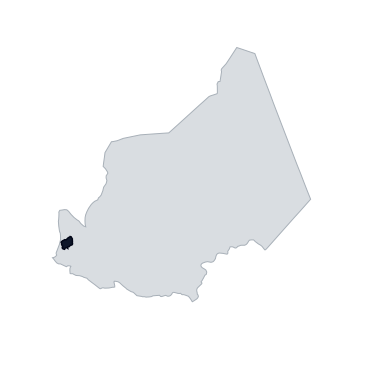 Dodjé, Logone Occidental, Chad (highlighted), rotated 43°
{"feature_id": "50815135B21432441174008", "entity_name": "Dodjé", "entity_type": "district", "adm_level": 2, "iso_a3": "TCD", "parent_name": "Chad", "parent_adm1": "Logone Occidental", "projection": "albers", "projection_center": [15.491, 8.666], "detail": "fine", "context": "in_parent", "style": "filled", "palette": "ink", "viewbox_px": 384, "rotation_deg": 43, "n_neighbors": 0, "source": "geoboundaries", "source_scale": "gbopen_adm2", "svg_char_len": 4463}
<svg xmlns="http://www.w3.org/2000/svg" viewBox="0 0 384 384"><g transform="rotate(43 192 192)"><path d="M283.7,116.4L283.9,124.4L284.1,132.4L284.2,140.4L284.4,148.4L284.6,156.5L284.8,164.5L285.0,172.6L285.2,180.6L285.2,183.3L285.0,184.4L284.9,184.5L284.6,184.7L280.4,184.0L278.5,184.1L276.0,184.7L272.2,185.1L269.7,185.0L268.1,186.5L266.8,188.2L267.5,192.2L267.4,193.5L266.9,194.9L265.7,196.1L264.6,197.1L263.9,197.9L263.1,199.7L262.5,200.6L262.6,201.7L262.4,202.9L261.7,203.6L259.9,204.1L258.8,204.6L257.9,205.5L257.3,206.1L257.6,207.0L258.1,208.1L258.4,209.9L258.6,211.0L259.5,211.8L260.0,212.4L260.2,213.1L259.7,213.8L257.6,215.1L256.7,215.6L255.8,216.3L255.4,216.6L253.8,217.8L253.0,218.9L252.7,219.9L252.7,221.1L253.5,223.0L254.5,224.6L254.8,225.8L255.0,227.1L255.0,228.4L254.5,229.5L253.8,230.5L250.8,232.4L249.4,234.4L248.2,236.9L248.0,238.3L248.3,239.2L248.9,239.9L249.8,240.3L251.1,240.4L253.3,239.9L255.3,239.6L257.4,240.5L258.6,242.5L258.2,244.1L259.0,246.8L259.8,250.1L259.8,251.2L260.1,251.6L261.4,251.8L261.7,252.6L261.4,258.5L262.0,260.1L263.0,261.2L264.0,261.8L265.0,262.6L265.5,263.1L266.7,263.2L268.0,264.2L268.4,265.6L268.4,267.0L267.7,270.0L267.1,272.0L266.3,271.9L264.7,271.4L262.8,271.0L260.5,270.7L258.3,271.6L255.9,272.7L255.2,273.5L254.5,273.9L253.4,273.9L252.5,274.0L252.0,274.8L251.1,275.6L247.7,277.4L246.9,278.0L246.5,278.7L246.5,279.3L246.9,280.7L246.9,282.4L246.2,283.9L245.3,284.8L244.3,285.2L243.4,285.4L242.9,286.0L241.1,289.2L240.3,289.8L238.7,289.7L234.2,294.6L233.8,296.0L232.2,298.0L230.1,300.2L228.2,301.3L228.0,301.7L227.5,302.2L226.4,302.7L222.4,305.4L217.5,305.4L215.4,306.4L213.3,306.9L210.3,307.5L209.4,307.4L205.4,307.7L200.9,307.7L199.1,308.1L197.5,309.1L196.2,310.0L196.1,310.3L196.3,310.7L196.2,311.0L199.4,313.2L200.3,314.2L199.5,315.3L199.1,315.5L198.5,316.4L196.7,318.9L193.8,321.8L192.3,322.7L191.8,323.2L191.0,325.2L190.5,325.5L188.6,325.7L184.7,326.0L179.3,326.6L176.0,326.9L174.0,326.7L171.2,328.1L170.2,328.4L169.6,328.5L166.8,329.9L164.4,331.9L163.6,332.3L160.3,333.2L159.0,334.5L158.4,334.7L156.3,332.8L154.9,331.2L154.2,329.5L154.1,328.9L153.7,329.0L152.5,329.8L151.5,330.6L151.1,332.3L147.7,333.4L144.8,334.3L143.5,335.5L141.4,336.1L138.8,335.8L136.8,335.4L134.8,335.2L135.8,333.7L136.1,332.6L136.2,331.3L136.1,330.4L134.9,329.9L134.2,329.2L132.5,325.0L130.7,320.6L128.3,316.4L125.6,313.6L123.7,311.9L123.1,311.7L122.1,311.2L121.4,310.7L117.8,307.8L114.2,304.5L113.2,303.0L111.4,300.8L109.4,298.5L108.3,297.5L107.8,295.6L109.2,293.9L110.8,291.8L112.6,290.4L115.0,290.3L119.0,290.9L123.3,291.1L127.5,290.7L128.6,290.4L129.7,290.4L132.0,290.9L135.9,290.8L138.0,289.9L135.8,288.4L133.4,286.1L131.2,283.5L129.8,281.2L128.6,278.2L127.5,274.5L126.8,269.7L126.9,267.0L127.2,265.1L128.4,262.0L127.6,260.1L127.8,258.6L127.7,256.4L127.3,255.3L125.8,251.6L125.5,251.2L124.1,248.7L123.5,244.5L122.0,241.7L119.6,240.3L118.2,238.7L117.7,235.8L116.7,235.0L112.8,234.0L109.6,233.9L107.3,230.7L104.3,226.4L101.5,222.5L99.8,214.7L98.8,210.2L99.9,208.9L102.2,205.7L105.2,199.6L111.8,190.3L115.2,185.5L121.9,178.3L130.1,169.5L134.7,164.6L135.5,155.6L136.3,146.0L136.9,138.9L137.6,130.4L138.2,123.3L138.7,118.1L139.3,110.8L139.8,109.4L143.0,103.6L143.3,102.9L142.7,101.9L138.1,97.1L136.7,96.0L135.9,93.4L137.1,92.0L131.6,83.9L130.2,82.9L129.7,81.9L129.6,80.4L129.5,74.8L128.0,66.0L126.2,55.8L132.5,52.9L137.4,50.7L143.6,47.9L149.3,50.8L157.6,54.9L166.0,59.1L174.3,63.2L182.7,67.3L191.0,71.5L199.4,75.6L207.8,79.7L216.2,83.8L224.6,87.9L233.0,92.0L241.4,96.1L249.8,100.2L258.3,104.2L266.7,108.3L275.2,112.4L283.7,116.4Z" fill="#d9dde1" stroke="#a8b0b8" stroke-width="1"/><path d="M140.3,312.3L140.1,311.6L139.6,311.0L139.0,310.7L138.7,310.2L138.1,309.5L137.3,308.8L136.8,308.3L136.5,307.9L134.1,307.2L133.2,307.7L133.3,308.5L132.8,309.4L132.7,309.9L132.6,310.7L132.6,311.5L132.6,312.7L131.6,313.6L131.4,313.7L131.2,314.4L130.9,315.4L130.6,316.0L130.6,316.7L130.4,317.4L130.5,317.5L130.6,317.9L130.7,318.1L131.0,318.1L131.3,318.3L131.5,318.4L132.0,318.7L132.3,319.2L133.1,319.6L133.7,319.8L134.0,319.7L134.3,319.8L134.4,320.1L134.7,320.3L135.0,320.5L135.0,320.9L135.0,321.0L135.3,321.1L135.6,321.0L135.9,321.2L135.7,321.5L136.2,321.6L136.7,321.4L136.8,321.4L137.0,321.3L137.4,321.1L137.7,321.0L137.9,320.8L137.5,319.5L137.9,318.4L138.4,318.1L139.1,318.1L139.6,318.0L139.0,317.5L138.6,317.0L138.9,316.4L139.4,315.8L139.4,314.5L139.4,313.9L140.0,313.1L140.3,312.3Z" fill="#0f172a" stroke="#020617" stroke-width="1.5"/></g></svg>